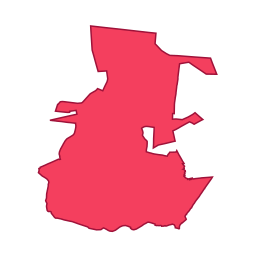 the district of El Oro, México, Mexico, rotated 265°
{"feature_id": "50627088B36645453040308", "entity_name": "El Oro", "entity_type": "district", "adm_level": 2, "iso_a3": "MEX", "parent_name": "Mexico", "parent_adm1": "México", "projection": "robinson", "projection_center": [-100.072, 19.796], "detail": "fine", "context": "isolated", "style": "filled", "palette": "rose", "viewbox_px": 256, "rotation_deg": 265, "n_neighbors": 0, "source": "geoboundaries", "source_scale": "gbopen_adm2", "svg_char_len": 5566}
<svg xmlns="http://www.w3.org/2000/svg" viewBox="0 0 256 256"><g transform="rotate(265 128 128)"><path d="M232.9,99.7L226.4,99.5L209.3,99.1L209.1,99.1L208.6,99.1L203.0,100.2L198.0,101.1L193.1,102.0L186.9,103.2L186.7,111.7L178.9,112.1L177.7,111.8L176.0,111.2L171.7,108.6L167.3,106.1L169.9,101.1L168.8,100.1L167.9,98.8L167.6,98.1L165.7,94.0L165.4,93.4L164.6,92.5L158.5,86.0L157.3,84.6L157.0,83.6L157.0,79.8L159.9,66.1L160.1,64.7L160.0,62.8L157.4,60.1L157.5,59.9L151.1,57.2L149.9,63.2L148.8,69.1L148.7,71.2L149.7,71.4L150.1,77.8L146.8,78.3L146.2,78.3L144.3,63.9L142.5,50.9L142.1,52.9L142.0,53.3L141.9,53.7L141.8,54.4L141.3,56.8L141.1,57.6L140.6,60.3L140.2,62.4L139.7,64.6L139.1,67.2L138.9,68.1L138.5,70.4L138.2,71.9L137.3,76.2L136.9,76.1L135.6,76.2L135.0,76.3L133.5,76.1L131.3,75.5L129.8,75.0L128.1,74.4L127.2,74.0L126.3,73.2L125.6,72.4L124.3,69.8L124.1,69.4L123.3,67.7L123.1,67.3L122.9,66.9L122.6,66.3L122.0,65.6L120.9,64.5L120.5,64.2L120.2,63.9L119.1,63.2L118.7,62.9L118.2,62.5L117.6,62.1L117.2,61.9L116.2,61.2L113.8,59.6L113.3,59.2L110.1,57.6L108.3,57.2L107.8,57.2L106.4,57.5L105.5,57.6L105.4,57.5L104.1,57.6L103.7,57.7L102.7,57.9L102.6,57.0L102.8,56.6L103.0,56.1L102.8,55.5L102.3,54.1L101.0,50.4L100.1,47.7L99.2,44.9L98.2,42.2L97.6,40.3L97.3,39.6L97.1,39.0L97.0,38.4L96.7,37.8L96.6,37.2L95.8,37.0L95.4,35.7L94.3,35.8L93.0,35.6L91.3,34.9L89.2,36.9L87.7,38.3L86.0,40.7L84.5,42.6L82.3,44.2L80.8,44.4L79.7,44.0L78.7,43.6L77.2,43.5L75.5,43.0L69.4,41.2L65.3,40.7L62.7,39.6L59.8,40.7L58.1,40.2L57.2,40.0L56.2,40.0L54.0,40.2L53.0,40.3L52.2,40.8L51.7,41.5L51.6,43.3L50.9,44.2L49.7,44.2L47.8,45.5L45.4,47.0L44.6,47.9L44.5,48.2L44.4,49.6L43.2,53.5L42.0,56.4L40.6,60.9L39.9,63.2L39.7,64.1L38.5,66.7L37.0,69.9L33.0,79.2L31.5,80.5L30.9,82.4L29.3,87.8L29.1,92.1L30.6,94.8L30.0,96.1L29.4,96.9L29.1,97.5L27.7,99.4L26.9,100.9L26.4,103.5L27.3,106.6L28.7,108.9L30.0,111.0L30.6,112.6L31.1,114.3L31.1,117.0L30.2,119.3L28.8,122.0L27.9,121.8L26.6,123.2L26.1,125.0L26.3,125.9L26.6,127.5L29.4,133.3L30.8,135.6L31.5,137.5L32.3,139.0L32.4,140.3L31.6,142.7L29.9,146.6L28.8,146.5L28.3,147.9L28.3,148.8L28.0,150.6L28.1,151.9L28.1,152.3L27.8,152.7L27.2,152.9L27.2,154.2L27.2,154.7L27.1,155.4L27.5,155.9L27.5,156.2L27.4,156.8L27.0,157.1L27.1,158.0L27.8,160.5L28.1,162.8L28.4,163.7L27.7,165.2L27.4,165.7L25.4,166.5L24.5,166.4L23.8,168.5L23.1,170.0L23.4,170.4L23.7,170.5L24.5,170.5L25.2,170.6L26.0,170.9L26.8,171.3L28.2,172.7L28.7,173.2L28.8,173.5L28.6,173.5L28.7,173.8L29.2,174.4L29.9,175.4L30.7,176.5L31.4,177.5L32.0,178.1L34.2,177.3L35.2,177.1L37.0,178.5L36.9,178.8L37.4,178.9L38.4,179.8L40.4,181.9L42.4,183.4L42.9,184.3L44.1,185.0L45.5,185.9L46.8,187.0L47.4,187.6L47.7,187.8L48.4,188.3L49.9,189.5L53.5,192.9L55.4,194.3L57.0,195.7L60.8,198.7L60.8,198.9L60.9,199.1L61.3,199.1L61.5,199.3L63.3,200.8L68.6,205.3L70.5,206.9L71.8,207.8L71.8,207.6L71.8,205.4L71.9,196.9L71.8,195.4L71.7,190.2L71.5,189.1L71.5,188.9L71.7,188.6L71.7,188.1L71.8,187.8L71.7,187.4L71.5,186.7L71.2,186.2L71.3,185.6L71.1,184.7L71.5,184.6L71.7,184.4L71.7,185.0L72.0,186.5L72.3,187.6L72.6,188.4L72.0,183.6L71.8,183.2L71.7,182.9L72.3,182.9L73.3,181.0L75.1,179.5L75.7,179.7L75.3,180.0L75.1,180.4L75.8,180.6L76.1,180.4L76.2,180.2L76.4,180.0L76.6,180.4L77.1,180.4L77.4,180.3L77.7,180.4L77.8,180.7L78.4,180.5L78.9,180.5L79.1,180.6L79.3,180.9L79.4,181.3L79.8,181.2L79.8,181.3L80.1,181.3L80.1,181.2L80.4,181.1L80.7,181.1L80.8,180.9L81.3,180.5L82.1,179.7L82.2,179.4L82.3,179.6L82.4,179.9L82.7,180.2L82.8,180.5L83.0,180.5L83.2,180.4L83.5,180.3L84.0,180.4L84.3,180.6L85.0,181.0L85.4,180.6L86.5,180.0L86.5,179.8L87.7,179.2L87.8,180.7L89.0,180.1L90.1,179.5L91.4,178.9L91.8,178.8L92.8,178.3L93.3,178.1L94.1,177.7L95.0,177.3L96.1,176.8L97.0,176.3L98.1,175.9L101.2,174.6L99.9,173.9L99.9,172.3L100.0,170.5L100.1,169.3L100.2,168.0L100.2,167.4L99.1,166.7L98.5,165.9L97.7,165.3L96.5,164.6L97.1,162.5L97.4,161.6L98.1,159.6L98.3,158.5L98.8,156.1L99.8,152.0L100.3,150.4L101.0,148.7L101.4,147.4L101.6,146.9L101.9,146.2L102.7,144.2L104.3,144.3L105.4,144.6L106.6,144.9L107.8,145.3L109.2,145.5L110.5,145.7L111.3,145.8L113.1,145.9L113.7,145.5L114.5,144.8L114.9,144.5L115.3,144.1L115.7,143.7L116.0,143.5L116.3,143.4L118.9,142.0L119.2,141.8L119.4,141.8L119.8,141.8L120.2,142.0L120.5,142.1L121.0,142.3L121.4,142.4L121.9,142.5L122.4,142.5L122.8,142.4L123.3,142.4L123.8,142.3L124.5,142.1L125.0,142.0L125.3,141.9L126.5,141.5L127.0,142.3L127.2,142.8L127.5,143.3L127.7,143.9L127.9,144.5L128.0,145.3L128.0,145.9L128.0,146.6L127.8,147.8L127.6,148.8L127.3,150.1L127.0,151.1L126.9,151.7L126.7,152.6L126.4,153.7L126.3,154.1L123.6,153.8L115.1,152.6L110.1,152.1L105.9,151.5L107.0,153.8L107.8,155.5L108.4,156.7L109.3,163.7L110.2,169.7L110.5,171.5L110.8,173.8L112.8,173.5L116.9,173.0L121.2,172.4L122.4,175.6L123.6,178.3L124.9,181.0L127.2,186.1L128.8,189.9L127.9,191.4L127.5,192.2L126.0,194.2L129.4,201.9L129.9,203.3L133.6,199.7L137.4,196.1L136.7,195.0L136.2,194.2L135.8,193.5L133.7,188.9L131.6,182.8L132.8,176.5L132.9,173.1L138.5,173.7L138.3,175.3L147.5,176.3L148.1,176.4L148.5,176.5L148.8,176.5L151.7,177.2L153.4,177.6L154.1,177.6L154.3,177.8L158.1,178.8L158.6,178.8L164.3,180.0L166.2,180.3L166.6,180.6L172.4,182.0L174.1,182.1L182.6,183.9L183.5,184.1L184.9,184.4L185.1,184.5L186.2,184.7L186.3,184.7L186.6,184.8L186.8,184.8L187.5,185.0L188.1,192.5L188.2,194.4L184.8,198.4L181.5,202.5L178.2,206.6L174.9,210.6L173.8,221.1L178.9,219.6L185.3,217.7L190.4,216.3L192.9,200.7L195.7,183.8L196.7,176.0L198.8,172.6L202.2,168.2L209.6,162.3L214.8,163.2L220.0,164.1L221.4,156.8L224.3,142.5L227.2,128.2L230.0,114.0L232.9,99.7Z" fill="#f43f5e" stroke="#9f1239" stroke-width="1.5"/></g></svg>